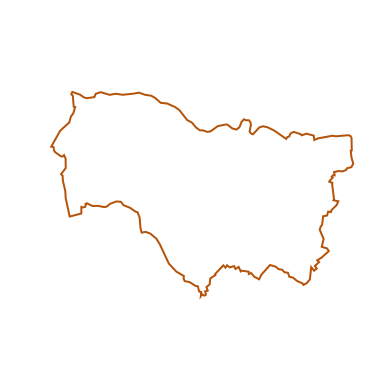 Cork City North West Lea-6, Cork, Ireland (Mercator projection), rotated 196°
{"feature_id": "5873133B44543417312152", "entity_name": "Cork City North West Lea-6", "entity_type": "district", "adm_level": 2, "iso_a3": "IRL", "parent_name": "Ireland", "parent_adm1": "Cork", "projection": "mercator", "projection_center": [-8.566, 51.923], "detail": "fine", "context": "isolated", "style": "outline", "palette": "amber", "viewbox_px": 384, "rotation_deg": 196, "n_neighbors": 0, "source": "geoboundaries", "source_scale": "gbopen_adm2", "svg_char_len": 2508}
<svg xmlns="http://www.w3.org/2000/svg" viewBox="0 0 384 384"><g transform="rotate(196 192 192)"><path d="M274.7,270.7L285.3,266.4L292.5,265.4L297.9,262.7L307.2,262.8L311.6,259.9L312.0,256.3L318.8,253.3L321.9,253.1L326.4,254.7L334.6,255.2L335.0,252.7L333.1,251.7L329.2,241.4L327.7,241.4L327.8,235.0L329.2,231.1L329.2,224.9L335.6,214.6L339.8,196.8L337.6,197.1L335.9,193.7L334.3,192.5L327.8,190.2L326.2,190.4L325.2,192.2L322.7,189.3L320.0,180.2L322.8,173.0L320.9,172.0L319.2,167.2L313.9,157.7L311.8,151.4L302.8,134.7L292.5,140.8L294.2,147.2L292.6,147.1L290.7,148.2L290.4,150.7L291.0,151.1L290.1,152.2L283.8,151.1L278.4,152.8L272.3,153.3L270.0,154.4L267.4,158.1L262.2,162.0L257.8,163.0L254.0,160.4L247.5,159.8L240.6,157.5L238.7,157.5L235.2,152.8L231.7,143.4L229.2,139.1L225.4,140.9L220.6,140.5L213.5,137.4L208.3,132.6L194.5,116.8L185.2,111.2L176.7,109.0L176.1,106.3L174.5,104.4L169.3,104.7L162.9,102.7L160.4,103.0L157.7,98.3L155.6,98.4L154.8,94.3L154.0,96.5L151.9,95.7L150.5,96.6L150.6,98.0L152.0,100.1L149.7,101.5L151.9,104.6L149.6,107.9L150.6,114.0L146.6,118.6L147.2,119.4L141.7,130.1L139.0,128.5L138.1,131.2L134.9,129.9L131.1,132.4L129.0,130.0L126.5,132.8L123.3,129.2L122.9,130.0L115.5,131.0L114.8,128.8L112.8,130.4L108.8,127.7L103.4,126.6L102.5,131.7L96.9,143.3L90.9,143.3L87.5,141.7L84.1,142.1L80.9,140.4L77.5,140.8L75.1,137.4L71.3,137.5L66.4,135.4L60.5,134.6L59.3,133.4L56.6,136.0L54.6,140.4L56.7,152.6L52.9,150.0L51.0,152.9L53.5,154.7L50.5,159.7L52.8,160.9L49.6,164.3L44.2,172.9L46.6,175.0L52.2,175.1L52.5,183.1L58.8,190.9L58.8,194.0L57.9,196.5L59.3,204.8L55.7,206.6L55.7,210.7L52.9,211.0L52.9,213.0L49.4,219.3L48.8,223.4L53.7,223.1L53.4,224.0L59.9,239.2L58.8,239.5L62.9,239.7L62.8,240.5L60.7,244.6L61.9,245.3L60.9,247.1L59.5,247.3L60.9,250.4L56.7,252.6L53.0,253.3L50.0,255.6L49.5,257.5L45.7,259.8L44.8,263.6L48.3,269.3L50.8,275.5L49.9,276.0L53.5,287.8L55.1,289.5L57.3,289.7L69.1,285.2L72.5,284.8L85.8,278.2L88.7,275.7L90.6,279.8L98.1,279.6L102.3,276.7L103.3,277.5L110.8,277.8L113.4,275.5L113.9,272.2L115.5,271.0L116.1,269.0L129.8,273.7L137.1,275.0L141.8,274.8L145.1,272.6L149.4,264.2L151.7,264.6L153.3,266.0L153.8,272.6L155.2,275.4L157.1,276.6L160.3,275.8L162.1,276.2L163.7,273.1L164.3,267.3L166.4,264.3L170.8,264.2L176.4,266.5L177.9,266.3L185.3,262.5L191.0,255.3L193.9,254.0L198.2,254.3L201.4,253.5L205.9,255.1L211.4,258.8L216.4,259.8L226.7,267.2L231.6,269.0L240.2,270.2L246.7,269.1L253.5,272.3L257.8,273.3L264.0,272.5L270.4,272.9L274.7,270.7Z" fill="none" stroke="#b45309" stroke-width="2"/></g></svg>